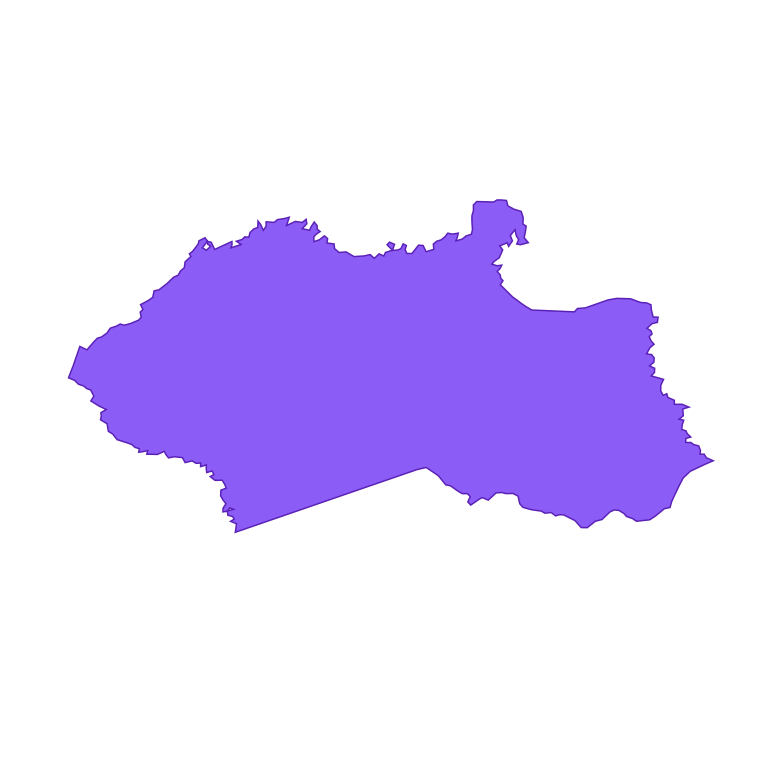 outline of Santa Bárbara do Sul, Rio Grande do Sul, Brazil, rotated 259°
{"feature_id": "56859067B69809545367757", "entity_name": "Santa Bárbara do Sul", "entity_type": "district", "adm_level": 2, "iso_a3": "BRA", "parent_name": "Brazil", "parent_adm1": "Rio Grande do Sul", "projection": "equal_earth", "projection_center": [-53.257, -28.368], "detail": "fine", "context": "isolated", "style": "filled", "palette": "violet", "viewbox_px": 768, "rotation_deg": 259, "n_neighbors": 0, "source": "geoboundaries", "source_scale": "gbopen_adm2", "svg_char_len": 4314}
<svg xmlns="http://www.w3.org/2000/svg" viewBox="0 0 768 768"><g transform="rotate(259 384 384)"><path d="M557.8,237.8L561.7,236.3L559.9,229.7L556.8,228.3L550.7,221.4L548.9,217.8L546.0,218.8L541.9,212.1L536.2,210.1L533.7,205.7L530.1,202.7L529.0,197.9L523.9,190.0L519.4,181.0L519.3,176.1L513.3,173.6L511.5,169.9L509.9,165.3L508.4,160.2L503.1,161.6L501.1,158.4L495.9,158.4L493.5,155.3L491.7,146.5L491.3,140.2L493.2,136.5L491.9,132.6L491.0,125.9L486.9,121.8L484.0,115.5L483.7,111.5L480.6,107.0L474.2,98.9L478.9,92.6L461.4,82.5L450.3,75.5L446.5,81.1L442.1,84.0L439.3,88.9L436.2,91.3L434.1,94.9L427.5,96.9L423.3,93.0L416.6,100.2L412.0,106.5L409.8,100.6L406.6,100.4L402.9,98.9L397.8,104.6L390.1,104.4L386.7,108.1L380.3,111.4L375.1,120.9L372.7,124.9L369.3,127.5L367.2,131.5L363.8,130.2L363.6,135.1L363.7,139.3L360.3,137.8L359.1,143.6L358.1,148.1L359.8,155.5L356.5,156.4L352.6,158.4L352.6,164.2L350.2,172.1L344.8,173.8L345.1,181.0L342.0,184.3L341.4,188.9L337.9,188.2L338.4,194.1L334.5,193.3L330.9,193.1L331.4,198.7L327.6,199.7L326.3,195.7L321.7,199.7L320.4,206.8L316.5,208.3L311.9,209.3L310.9,203.6L305.4,202.3L301.2,203.7L296.6,206.0L292.8,202.3L289.2,201.5L289.1,206.0L285.0,205.7L282.8,210.1L279.9,211.2L278.5,207.2L275.0,212.5L270.5,211.1L266.8,209.7L289.1,367.5L293.7,400.3L294.0,409.5L283.7,419.8L273.2,425.4L271.4,429.8L264.8,436.1L261.5,439.8L260.4,445.0L257.1,447.2L252.3,443.8L248.6,446.0L252.5,454.9L253.8,458.6L250.1,464.2L255.7,473.2L255.0,479.0L253.2,482.5L251.9,489.8L248.4,494.2L240.6,494.4L236.4,496.8L232.4,504.9L229.2,514.2L226.5,517.2L225.9,523.6L221.8,527.3L222.2,531.4L221.2,535.4L213.5,545.4L205.4,550.2L204.2,556.2L208.9,565.1L209.4,572.2L215.2,581.2L216.5,586.0L215.0,590.6L210.9,595.0L207.7,596.7L204.4,602.4L201.1,605.6L200.0,618.9L202.4,624.8L208.1,635.5L208.2,641.2L213.4,643.8L217.6,646.7L228.5,654.8L234.6,659.7L239.9,668.0L244.3,685.3L245.8,692.5L250.1,686.4L254.1,684.8L254.8,680.8L258.2,682.0L263.2,681.1L265.4,676.5L268.0,674.1L269.1,668.9L273.0,670.0L273.4,675.0L277.3,672.2L280.4,671.5L282.5,667.6L286.9,668.9L291.3,671.3L293.1,666.9L295.7,671.7L302.5,672.6L303.1,678.9L307.2,672.8L308.6,665.2L312.6,665.9L316.6,660.1L320.5,659.7L319.6,655.9L324.5,654.3L330.2,655.6L335.2,659.3L341.0,647.8L343.7,651.7L347.8,652.7L351.1,648.1L353.9,653.1L358.0,654.2L361.8,652.3L363.5,647.5L368.9,652.0L371.5,656.7L375.5,654.3L380.0,653.4L382.0,656.7L385.3,656.2L388.5,652.8L392.1,658.6L392.3,664.1L397.3,665.8L398.5,660.9L406.3,660.6L410.8,661.2L413.5,657.3L415.1,651.4L420.6,642.3L423.6,629.0L423.8,620.1L420.3,596.2L421.2,588.4L418.5,584.6L428.4,543.2L432.9,538.1L437.5,533.6L440.9,530.6L444.8,526.9L450.1,523.3L459.2,517.1L462.7,520.5L465.5,518.8L469.2,518.8L472.7,516.6L475.4,520.1L478.2,522.2L478.5,517.5L481.1,512.7L483.3,515.5L485.9,521.2L493.0,526.1L497.5,524.0L499.1,531.9L495.3,532.6L500.0,537.4L505.6,536.3L510.5,542.1L504.6,542.1L499.9,543.7L496.1,541.0L494.7,544.5L495.2,552.6L500.9,549.5L505.9,551.6L511.8,553.7L514.5,550.9L520.8,552.4L527.2,551.6L531.0,544.6L535.2,539.6L540.8,539.2L542.2,534.5L543.1,530.1L541.7,526.4L543.8,517.1L545.4,509.9L542.7,505.9L537.2,504.9L532.3,502.4L528.3,501.6L523.5,500.9L518.6,500.3L514.3,498.3L513.7,492.8L511.4,488.7L510.7,481.9L514.0,483.9L517.9,485.7L518.1,479.7L519.9,475.4L517.0,472.1L514.6,467.7L514.1,463.0L511.9,459.1L506.7,458.6L505.8,450.6L512.5,448.8L513.7,444.4L506.8,436.4L507.8,431.3L512.0,430.4L515.6,432.4L517.9,429.6L513.5,426.3L512.9,422.3L513.7,417.8L512.9,410.6L509.7,408.2L512.7,404.0L509.2,398.5L513.7,395.1L513.5,388.9L514.8,378.9L520.9,372.0L521.7,365.0L526.3,361.3L531.0,361.7L533.3,354.9L537.6,356.4L540.8,353.8L537.9,348.1L537.1,342.4L541.6,343.1L543.9,345.8L545.8,350.4L548.9,347.9L552.2,348.6L556.3,346.4L552.1,342.3L549.1,340.3L552.1,333.3L556.0,338.8L560.5,339.0L558.2,334.5L560.5,328.0L558.2,318.6L565.8,322.8L565.4,318.2L565.7,310.8L563.6,307.1L565.7,299.2L561.4,298.4L557.9,294.8L564.1,293.4L568.0,291.4L561.8,290.0L561.0,285.7L558.3,281.4L553.9,279.3L555.0,275.4L552.9,272.1L552.3,266.3L548.2,270.4L546.9,259.7L549.7,261.4L552.9,261.9L548.4,243.5L556.1,241.4L557.8,237.8ZM557.8,237.8L554.8,237.6L552.3,240.1L549.2,235.2L552.3,231.7L557.8,237.8ZM289.1,206.0L291.8,209.0L289.7,212.5L289.1,206.0ZM513.7,417.8L519.1,421.0L522.2,416.5L520.1,413.6L513.7,417.8Z" fill="#8b5cf6" stroke="#5b21b6" stroke-width="1.5"/></g></svg>